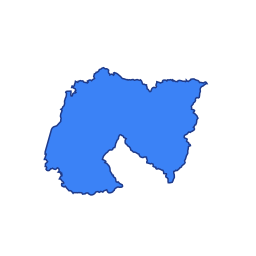 outline of Capão Bonito, São Paulo, Brazil, rotated 318°
{"feature_id": "56859067B71200368651940", "entity_name": "Capão Bonito", "entity_type": "district", "adm_level": 2, "iso_a3": "BRA", "parent_name": "Brazil", "parent_adm1": "São Paulo", "projection": "orthographic", "projection_center": [-48.285, -24.054], "detail": "fine", "context": "isolated", "style": "filled", "palette": "blue", "viewbox_px": 256, "rotation_deg": 318, "n_neighbors": 0, "source": "geoboundaries", "source_scale": "gbopen_adm2", "svg_char_len": 5877}
<svg xmlns="http://www.w3.org/2000/svg" viewBox="0 0 256 256"><g transform="rotate(318 128 128)"><path d="M48.9,91.9L49.7,92.7L48.9,93.3L47.7,93.8L46.8,94.6L45.7,94.8L44.8,95.4L46.1,96.7L45.8,97.9L45.8,99.1L44.7,99.4L43.4,99.3L42.6,99.4L41.9,100.3L40.7,101.2L41.4,102.0L41.0,103.2L39.5,103.7L39.4,105.1L40.0,106.2L41.2,106.9L43.4,106.6L44.0,107.2L45.0,107.4L45.5,109.0L46.3,110.2L47.1,110.4L48.0,110.4L48.8,110.3L49.3,111.4L49.1,112.7L47.9,113.9L46.6,114.0L47.2,114.8L48.1,115.2L47.6,116.3L47.2,117.6L48.3,117.3L47.6,118.5L46.9,119.3L46.1,118.9L45.3,119.0L44.1,119.5L42.9,119.9L43.8,121.1L43.5,123.0L43.8,124.2L43.5,125.9L42.5,125.8L41.6,124.9L40.6,125.8L40.1,126.7L40.5,127.9L41.1,129.1L42.4,129.3L42.2,132.0L42.2,135.2L43.3,136.1L43.7,137.3L43.5,139.8L44.5,139.7L45.3,140.6L46.4,141.5L47.1,142.3L48.0,142.9L49.9,144.7L50.3,145.8L50.0,146.7L52.2,148.3L53.4,148.3L54.7,149.4L54.8,151.0L55.6,152.9L56.6,153.7L57.8,154.2L59.2,154.4L61.5,154.1L62.2,154.5L63.2,155.2L63.5,156.5L64.2,156.8L65.3,156.8L66.0,157.8L66.4,158.8L67.8,158.6L69.1,159.0L70.8,159.7L70.1,161.9L70.4,163.4L71.5,164.3L72.7,164.9L73.9,165.2L75.1,165.0L76.1,165.1L77.0,164.5L78.2,164.4L79.3,164.6L80.2,164.7L81.2,165.1L81.7,166.0L82.3,166.6L83.9,167.8L85.1,167.6L85.7,166.3L84.7,163.8L84.6,161.3L83.7,161.2L83.3,160.2L83.6,159.2L84.5,157.9L85.1,156.7L84.8,155.5L84.7,154.1L85.5,153.3L84.9,152.2L85.3,151.2L85.5,149.8L85.9,148.1L87.4,146.1L88.0,145.0L88.5,143.4L88.5,142.4L88.5,139.9L87.6,138.2L89.2,137.9L89.0,136.7L88.0,134.2L90.6,132.7L91.6,132.4L94.6,132.0L96.8,132.2L98.1,131.9L98.9,131.9L100.0,132.2L100.6,133.0L101.4,133.5L102.2,133.7L103.1,133.1L104.3,133.1L105.1,133.7L106.8,132.6L107.7,131.8L108.7,131.2L110.0,130.7L111.6,129.8L112.7,129.8L114.1,129.3L114.9,128.4L117.0,127.6L118.1,128.1L118.4,129.5L118.9,130.4L118.9,131.4L118.5,132.2L119.0,133.3L119.5,134.7L118.4,134.9L117.5,135.4L116.2,136.8L115.7,137.9L116.1,139.4L115.8,140.9L116.4,142.9L116.2,144.7L115.3,146.2L115.7,147.2L115.8,148.8L116.1,149.8L116.9,150.5L117.5,151.7L118.1,153.9L118.7,154.8L118.1,155.8L117.9,157.6L118.8,159.4L119.5,160.1L120.4,160.3L121.4,161.0L122.2,162.0L121.5,163.0L120.8,164.7L120.3,165.4L119.4,165.6L118.7,166.4L120.8,169.8L121.7,170.1L122.4,171.5L122.0,172.5L121.0,173.2L121.4,174.4L122.4,175.9L121.7,176.6L121.7,177.5L122.6,178.2L123.4,178.4L123.7,179.2L124.4,180.3L124.8,181.7L125.6,182.7L125.4,183.7L124.8,184.9L124.1,185.7L124.9,186.8L125.9,187.7L125.2,188.5L124.0,188.8L123.4,189.8L123.8,191.3L123.8,192.4L122.7,193.8L122.0,194.5L121.3,195.6L122.4,196.7L124.5,197.9L126.2,197.3L127.2,196.6L128.6,196.1L129.7,195.5L130.1,194.8L130.8,194.1L131.3,193.3L131.7,192.3L132.9,190.9L133.9,191.4L135.3,191.4L135.7,192.3L136.6,192.6L137.5,192.4L139.2,192.6L140.0,192.2L140.9,192.6L141.7,192.7L142.5,192.2L143.5,192.2L146.1,192.3L147.3,191.9L147.7,190.9L148.2,190.1L149.8,189.6L152.9,187.7L155.3,186.9L156.4,185.8L157.1,184.9L158.4,184.1L160.6,182.2L162.6,182.9L163.1,181.8L162.5,180.9L163.2,179.4L162.9,178.6L162.6,177.1L163.5,176.5L164.5,175.9L164.1,174.5L163.4,173.3L163.5,172.5L164.6,171.5L166.2,171.4L167.1,171.9L168.3,172.0L169.2,171.8L170.6,171.7L171.3,172.9L172.7,173.0L173.6,173.4L175.8,173.7L176.7,173.3L177.3,172.2L177.1,171.2L178.6,171.0L179.8,170.5L180.5,170.9L182.3,170.0L184.7,167.9L186.6,167.5L186.8,166.4L187.3,165.3L187.3,163.5L187.2,161.6L186.7,160.5L187.4,159.9L188.5,160.0L189.2,159.5L189.0,158.5L188.5,157.6L187.7,156.6L188.8,155.6L189.6,154.2L192.5,153.8L193.4,153.2L195.1,153.3L196.5,152.8L197.1,151.9L198.2,151.3L199.6,151.5L200.3,152.7L201.4,152.9L202.7,151.9L204.6,150.1L205.6,149.6L206.5,149.0L207.2,147.8L208.2,147.0L209.2,146.6L210.4,146.5L212.1,147.0L213.4,147.0L214.7,147.2L215.7,147.3L216.4,147.9L216.6,146.9L216.5,145.8L215.5,145.2L214.2,145.0L212.5,142.7L211.6,142.1L211.9,140.8L211.8,139.7L210.7,137.9L210.2,136.8L210.0,135.9L209.3,135.2L208.3,134.4L207.2,133.8L206.5,134.3L205.5,133.8L204.1,133.9L203.4,132.9L203.4,131.3L202.5,132.1L201.6,131.9L201.3,131.0L200.5,130.4L199.9,129.8L199.4,128.8L198.2,127.1L196.9,126.3L195.9,126.7L194.4,125.2L193.4,122.2L192.8,122.9L192.2,120.7L190.8,119.9L189.6,118.7L188.4,119.0L188.2,117.9L187.1,116.7L186.2,116.1L185.3,116.1L184.5,117.0L182.1,116.2L181.9,115.4L180.4,112.9L179.6,113.7L178.5,114.2L177.4,114.9L177.1,116.1L176.1,116.5L175.3,116.4L174.5,115.1L173.4,114.7L172.2,114.7L170.9,115.3L169.5,116.0L168.6,115.7L168.5,114.4L168.8,112.9L168.4,111.7L169.5,110.3L169.9,109.1L170.6,108.3L169.8,107.5L169.4,106.4L168.6,105.8L168.4,104.7L169.0,103.5L169.5,102.0L169.5,100.6L168.7,100.5L167.9,99.4L167.2,98.1L164.7,96.8L164.4,95.6L163.5,94.8L162.1,94.1L161.1,92.8L160.1,92.4L159.9,91.6L159.1,90.9L157.9,88.7L156.9,87.4L156.9,85.9L156.9,84.5L156.6,82.7L156.5,81.6L156.1,79.8L155.5,78.8L155.0,77.7L154.2,77.5L153.6,78.8L152.6,79.1L152.2,77.3L151.3,76.7L150.0,76.4L150.5,75.6L150.4,74.6L150.7,73.6L151.5,72.7L152.3,72.1L152.2,70.6L151.6,69.5L150.7,68.9L150.2,66.8L148.6,66.1L147.3,66.1L145.8,65.4L144.6,66.0L142.6,66.0L141.7,65.3L140.5,65.7L139.1,65.3L138.3,66.0L137.0,66.7L136.3,68.8L135.3,68.7L134.2,68.4L132.6,68.5L132.4,67.5L131.3,66.5L129.2,66.0L129.2,67.2L128.1,67.4L126.3,65.0L125.8,64.1L126.0,62.8L124.9,61.9L124.2,60.8L123.1,60.5L122.2,59.9L121.2,60.5L120.7,59.5L120.2,58.1L119.3,58.8L118.4,59.4L117.4,59.8L116.5,60.6L115.3,60.5L114.6,59.4L113.2,60.2L114.4,61.4L114.4,62.3L115.0,63.5L114.7,64.4L114.2,65.3L113.1,65.2L113.0,66.8L112.0,66.5L111.2,65.7L110.0,65.6L108.1,66.8L107.2,66.2L107.5,65.3L108.4,64.3L109.5,63.4L110.3,62.4L107.3,59.9L106.4,59.5L105.5,59.9L105.5,61.1L104.2,62.3L103.4,63.0L102.5,63.5L101.1,64.1L99.8,65.0L99.0,65.4L98.4,66.0L97.3,67.4L96.1,68.2L95.4,68.6L94.6,68.7L93.6,68.7L92.6,69.3L91.6,69.4L90.6,69.2L90.8,70.7L89.2,71.8L87.9,72.3L86.9,73.0L85.7,74.0L84.7,76.1L83.6,76.9L82.4,78.1L77.7,78.6L76.5,78.7L73.8,77.5L72.9,77.3L71.4,77.4L70.1,77.9L50.5,90.3L48.9,91.9Z" fill="#3b82f6" stroke="#1e3a8a" stroke-width="1.5"/></g></svg>